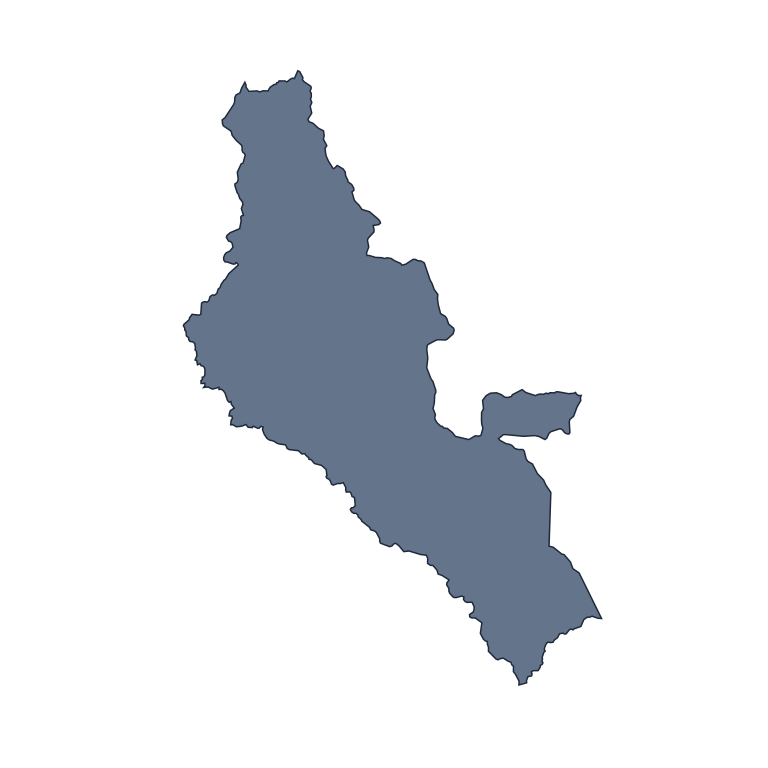 outline of Montes Claros, Minas Gerais, Brazil, rotated 140°
{"feature_id": "56859067B50283699039030", "entity_name": "Montes Claros", "entity_type": "district", "adm_level": 2, "iso_a3": "BRA", "parent_name": "Brazil", "parent_adm1": "Minas Gerais", "projection": "robinson", "projection_center": [-43.949, -16.615], "detail": "fine", "context": "isolated", "style": "filled", "palette": "slate", "viewbox_px": 768, "rotation_deg": 140, "n_neighbors": 0, "source": "geoboundaries", "source_scale": "gbopen_adm2", "svg_char_len": 6120}
<svg xmlns="http://www.w3.org/2000/svg" viewBox="0 0 768 768"><g transform="rotate(140 384 384)"><path d="M509.1,526.0L513.3,523.8L512.4,522.4L514.5,518.6L512.0,517.8L512.3,515.4L511.1,514.2L511.0,512.2L512.1,509.8L515.4,506.1L517.4,505.3L519.0,506.0L520.0,504.3L522.1,504.2L523.8,502.0L520.8,499.6L522.3,497.7L524.4,497.3L520.7,494.8L518.7,490.3L512.6,487.6L513.9,485.8L512.0,484.6L511.4,481.9L511.6,479.3L514.5,471.8L514.3,469.4L512.5,468.8L513.9,466.8L514.2,461.8L518.8,462.4L521.1,461.0L523.2,459.2L521.2,457.2L522.2,455.0L524.2,454.6L527.7,451.3L526.1,450.1L524.5,446.0L520.2,443.2L515.8,441.7L515.9,438.2L513.0,435.3L511.3,435.8L509.3,431.4L507.9,430.4L505.4,430.7L504.3,428.5L506.3,427.3L508.0,422.7L508.6,417.6L507.9,414.9L505.2,411.2L504.1,407.6L502.8,405.4L498.5,400.6L499.6,396.8L498.8,394.7L492.4,387.9L492.0,383.4L489.4,381.4L489.7,379.7L489.1,375.9L489.9,374.5L488.4,372.9L488.4,367.8L484.1,361.7L483.3,355.7L486.5,350.6L488.0,350.2L488.3,348.3L487.4,346.8L487.4,344.5L488.6,341.0L487.9,339.2L483.5,337.6L481.6,335.9L478.6,334.6L479.8,329.2L481.5,327.5L482.4,325.4L479.6,323.5L479.5,321.3L480.8,318.4L479.6,316.1L484.0,309.4L487.2,309.0L488.4,310.1L490.4,309.6L491.0,306.9L490.4,304.5L488.6,302.9L488.2,300.5L489.2,298.8L488.6,295.2L489.2,293.1L487.2,283.5L487.9,281.0L485.7,277.4L485.3,275.1L486.8,268.1L488.4,266.4L489.0,264.3L484.2,255.7L481.8,254.8L479.5,255.3L477.4,254.4L476.5,250.1L476.6,242.9L472.2,240.0L465.6,229.9L461.7,225.7L462.4,222.6L465.9,218.6L465.0,215.3L463.1,213.5L463.1,207.2L464.7,203.6L462.6,200.1L460.1,192.1L463.8,191.2L465.1,189.8L465.8,185.4L467.3,183.9L468.2,181.5L468.1,177.2L467.7,175.5L466.0,174.0L460.8,171.6L459.7,169.4L461.6,167.9L461.7,165.2L460.7,163.3L456.8,160.2L458.1,155.5L460.1,153.2L462.2,152.0L466.7,152.4L468.0,150.5L467.3,148.6L464.5,146.2L462.5,138.2L470.5,131.0L471.9,124.5L471.5,122.1L470.4,120.3L472.1,118.1L473.2,115.1L475.8,112.1L475.0,101.3L473.9,99.4L472.0,99.1L468.9,97.4L467.1,91.9L465.6,89.2L466.6,86.8L466.3,84.5L469.8,80.4L469.8,77.5L471.5,69.6L474.1,66.7L466.8,63.4L465.4,65.3L461.8,67.3L458.6,65.5L456.9,66.8L456.1,68.8L454.0,68.5L450.2,65.4L446.5,66.6L445.0,68.0L443.1,67.5L441.4,68.3L441.2,70.2L439.5,71.3L438.3,73.1L433.8,75.8L432.3,75.7L431.7,77.7L430.5,78.8L426.8,80.7L424.4,81.0L422.7,78.9L420.5,77.5L418.1,78.4L414.3,78.1L410.1,79.8L407.1,78.2L406.5,76.5L405.1,75.5L400.1,76.6L398.2,76.1L397.3,74.2L395.6,74.2L389.0,71.7L382.4,75.1L378.0,74.7L376.3,73.1L373.9,72.4L370.7,67.1L368.1,64.5L356.0,113.8L358.0,121.1L355.6,127.8L355.7,137.6L357.1,139.3L359.3,150.2L361.8,153.7L325.9,193.7L325.0,202.5L323.5,207.8L324.1,216.7L321.7,227.3L323.5,232.1L323.3,235.2L319.7,242.5L319.7,244.5L323.2,247.5L325.2,250.4L325.4,254.2L326.4,256.8L328.9,259.9L331.4,266.4L331.5,268.5L325.2,268.5L323.4,267.1L310.7,254.2L301.8,247.7L299.1,244.3L296.4,238.0L294.0,237.9L289.5,240.1L286.7,240.2L277.9,236.6L276.8,234.6L276.9,230.7L276.1,228.5L274.5,226.8L272.8,227.3L266.5,235.8L264.5,237.4L259.5,237.4L250.7,242.4L244.0,244.8L242.3,247.2L240.3,248.5L242.4,250.1L243.1,252.4L242.7,254.4L244.4,254.8L248.8,257.9L255.8,266.3L257.3,267.4L259.1,267.6L262.5,270.7L264.3,270.8L265.6,272.7L269.0,273.9L270.1,275.4L272.5,276.9L275.5,277.8L280.8,286.3L281.8,290.9L292.6,293.3L294.4,292.5L298.0,294.2L299.9,296.2L301.0,300.5L303.4,304.9L308.4,308.6L313.2,309.4L319.0,308.1L323.7,301.1L327.6,299.4L332.1,294.2L334.8,290.6L336.7,286.5L342.6,282.4L344.5,282.8L347.5,285.7L354.7,286.9L363.0,298.0L362.8,302.8L364.0,309.2L366.5,311.9L366.5,313.9L367.7,315.3L368.3,320.2L367.7,323.9L366.6,325.8L364.3,327.5L362.2,333.7L357.6,337.2L352.0,343.2L349.5,344.4L348.2,346.3L344.9,354.5L344.7,357.7L340.9,368.9L333.8,375.7L329.0,383.0L326.6,385.3L325.0,386.0L316.5,384.2L314.4,383.4L308.6,378.2L307.0,377.7L298.8,378.0L295.8,380.0L294.8,382.0L296.0,388.4L293.8,393.9L293.6,396.4L295.4,401.5L291.5,409.8L288.1,415.1L285.2,418.0L284.8,424.2L282.7,429.8L281.8,434.2L275.3,450.9L276.6,454.5L279.1,457.0L279.6,459.0L281.6,460.8L290.3,461.8L293.9,463.5L293.7,465.6L296.7,471.7L297.8,475.5L300.6,478.8L302.9,479.7L304.3,482.0L309.2,486.5L312.9,492.2L314.3,493.2L313.5,495.4L307.6,498.8L304.2,504.9L302.1,505.9L294.0,506.9L292.5,508.5L290.4,512.4L285.6,509.5L283.2,509.6L282.4,511.8L282.5,514.4L284.4,525.3L288.7,531.9L288.2,537.1L288.7,542.1L288.4,544.4L285.1,551.7L282.6,551.7L281.3,553.5L280.5,557.7L281.6,562.1L280.7,563.4L279.5,568.3L277.4,571.4L277.1,575.1L279.4,581.5L283.0,581.1L284.5,581.7L283.3,590.4L281.8,595.7L280.5,598.1L277.8,602.3L274.6,603.4L273.1,610.4L270.2,612.7L267.6,616.8L269.8,622.0L270.8,629.4L272.8,633.0L272.2,635.7L265.2,638.0L262.1,644.1L258.3,646.1L257.1,649.7L255.3,650.5L252.8,653.5L252.7,655.5L249.4,657.6L248.7,659.2L250.9,666.8L250.9,669.5L249.2,670.8L247.8,677.4L248.7,679.4L256.3,675.6L257.5,677.1L259.5,677.7L264.2,677.8L265.1,679.8L269.5,683.6L271.2,683.0L272.5,683.8L274.0,683.0L275.8,684.1L280.5,684.5L284.6,683.1L287.8,686.1L291.6,687.8L292.8,690.1L299.4,695.0L298.9,700.1L297.5,701.7L296.6,704.6L302.8,702.2L307.2,699.6L311.5,700.5L313.9,699.5L317.5,695.8L319.7,694.7L334.6,690.2L338.2,690.3L340.5,687.0L341.1,684.9L338.6,675.9L340.5,672.0L340.6,665.2L339.7,658.9L340.1,657.1L342.5,654.3L343.2,652.3L342.7,650.1L343.4,648.4L349.9,643.9L352.0,644.4L360.3,640.5L363.8,634.9L366.4,632.8L369.6,633.1L370.7,631.8L373.5,625.0L373.5,623.1L375.2,619.1L375.4,614.4L376.7,612.2L380.5,610.1L383.2,603.6L384.8,604.3L386.4,604.0L388.8,600.6L394.7,595.8L404.6,598.8L408.9,598.7L410.5,597.7L411.2,593.3L410.0,591.7L409.8,589.6L411.7,585.9L416.4,584.9L420.6,585.9L422.8,585.5L425.5,584.0L427.1,581.9L427.2,579.6L425.7,578.2L422.4,572.7L420.9,571.7L419.4,572.1L418.7,570.5L419.2,568.8L432.0,568.3L438.0,566.2L440.0,566.3L444.4,565.1L447.9,563.2L450.1,563.3L453.7,560.9L456.7,560.9L458.2,562.5L461.0,562.8L464.9,560.3L467.2,560.6L468.1,562.1L469.9,563.1L471.8,563.2L479.6,555.1L481.5,555.7L486.2,560.7L490.5,559.7L491.8,558.5L499.0,558.3L500.4,557.4L500.5,555.3L501.9,553.4L502.0,551.3L504.5,547.9L503.9,545.2L505.1,543.5L505.3,541.3L503.4,539.3L502.9,536.7L505.3,532.8L506.8,531.7L506.6,529.7L509.1,526.0Z" fill="#64748b" stroke="#1e293b" stroke-width="1.5"/></g></svg>